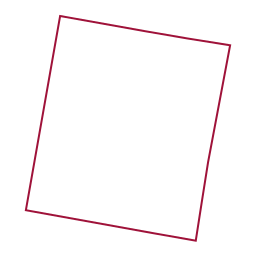 outline of Benton, Iowa, United States of America, rotated 10°
{"feature_id": "52423323B49027728279357", "entity_name": "Benton", "entity_type": "district", "adm_level": 2, "iso_a3": "USA", "parent_name": "United States of America", "parent_adm1": "Iowa", "projection": "robinson", "projection_center": [-92.019, 42.08], "detail": "fine", "context": "isolated", "style": "outline", "palette": "rose", "viewbox_px": 256, "rotation_deg": 10, "n_neighbors": 0, "source": "geoboundaries", "source_scale": "gbopen_adm2", "svg_char_len": 277}
<svg xmlns="http://www.w3.org/2000/svg" viewBox="0 0 256 256"><g transform="rotate(10 128 128)"><path d="M41.7,29.5L41.7,226.7L171.3,227.2L214.3,227.2L213.5,187.5L212.8,147.7L214.2,28.8L171.1,29.5L128.0,29.7L41.7,29.5Z" fill="none" stroke="#9f1239" stroke-width="2"/></g></svg>